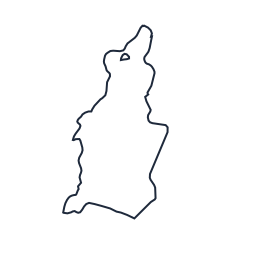 an SVG outline of Pyrénées-Orientales, rotated 110°
{"feature_id": "FRA-5337", "entity_name": "Pyrénées-Orientales", "entity_type": "Metropolitan department", "adm_level": 1, "iso_a3": "FRA", "parent_name": "France", "parent_adm1": "", "projection": "robinson", "projection_center": [2.397, 42.62], "detail": "fine", "context": "isolated", "style": "outline", "palette": "slate", "viewbox_px": 256, "rotation_deg": 110, "n_neighbors": 0, "source": "natural_earth", "source_scale": "10m", "svg_char_len": 1968}
<svg xmlns="http://www.w3.org/2000/svg" viewBox="0 0 256 256"><g transform="rotate(110 128 128)"><path d="M27.7,141.6L28.4,140.1L30.9,137.9L34.3,137.6L33.8,136.8L36.6,136.4L45.4,135.0L49.2,134.9L50.5,135.2L55.5,136.7L56.9,136.6L58.2,136.1L59.9,134.7L60.7,133.6L61.1,132.3L61.0,130.1L61.3,128.8L61.6,127.7L62.3,126.4L64.0,124.2L66.0,122.4L67.5,121.8L80.3,120.5L88.0,121.8L89.2,121.1L89.6,120.5L92.9,122.5L96.6,119.8L103.2,112.9L104.9,112.7L109.0,113.5L111.2,113.0L114.0,111.2L115.1,109.2L115.1,106.7L112.4,93.6L113.8,91.0L118.4,89.4L163.7,91.6L167.3,90.5L168.9,89.1L172.6,84.0L174.7,82.1L184.5,78.1L186.0,78.4L189.7,81.2L210.8,91.1L210.0,99.1L209.9,105.8L210.5,110.2L209.7,117.2L210.3,126.4L210.9,133.4L211.7,139.0L213.7,141.2L216.7,142.4L220.4,143.1L223.5,144.1L224.7,145.8L224.7,147.7L224.3,149.7L225.3,151.4L226.7,152.6L228.9,155.7L229.7,159.4L229.6,160.0L223.7,160.9L220.1,161.1L216.5,160.7L213.7,159.9L212.0,158.9L210.7,157.6L209.6,156.0L208.7,154.2L207.8,153.9L203.8,153.8L202.3,153.5L199.9,155.0L195.5,153.4L191.0,156.6L188.6,157.0L186.3,156.9L184.1,157.1L181.9,158.3L177.7,162.0L175.5,163.3L172.6,163.7L167.2,162.9L164.4,163.1L161.9,164.3L156.1,168.5L155.0,169.9L156.3,173.2L158.0,174.9L158.1,175.7L154.4,175.9L151.3,175.3L145.0,173.4L142.3,173.4L141.2,174.3L140.1,177.1L139.2,177.9L137.7,177.9L136.2,177.5L133.4,176.0L130.8,175.4L128.2,173.5L126.0,170.8L125.0,168.1L122.8,168.0L118.5,167.1L110.5,163.7L108.8,162.4L105.0,160.5L100.6,160.9L92.1,163.3L85.6,162.6L83.4,163.5L82.7,164.4L81.7,166.9L81.0,167.9L77.7,170.2L75.4,172.5L73.8,173.4L71.5,173.9L67.9,174.3L66.1,174.0L64.4,173.0L61.7,170.9L60.4,168.3L58.6,161.9L56.7,159.0L54.5,158.2L52.0,158.1L48.7,157.4L41.0,152.5L38.1,151.4L29.5,150.4L27.0,149.4L27.1,148.9L27.0,148.5L26.7,148.1L26.3,147.9L26.8,143.6L27.7,141.6ZM64.4,158.3L64.8,158.3L66.2,158.0L66.6,157.9L65.1,155.4L63.7,152.6L62.3,150.8L60.7,151.4L59.2,154.5L59.5,156.6L61.3,157.9L64.4,158.3Z" fill="none" stroke="#1e293b" stroke-width="2"/></g></svg>